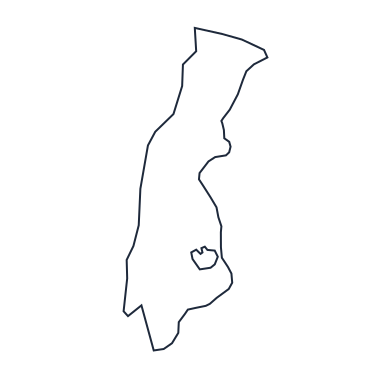 Termez, Surkhandarya, Uzbekistan, rotated 279°
{"feature_id": "79887680B61721126470320", "entity_name": "Termez", "entity_type": "district", "adm_level": 2, "iso_a3": "UZB", "parent_name": "Uzbekistan", "parent_adm1": "Surkhandarya", "projection": "albers", "projection_center": [67.436, 37.28], "detail": "fine", "context": "isolated", "style": "outline", "palette": "slate", "viewbox_px": 384, "rotation_deg": 279, "n_neighbors": 0, "source": "geoboundaries", "source_scale": "gbopen_adm2", "svg_char_len": 1076}
<svg xmlns="http://www.w3.org/2000/svg" viewBox="0 0 384 384"><g transform="rotate(279 192 192)"><path d="M187.1,140.5L150.8,144.6L129.5,142.6L114.7,138.1L96.5,141.5L63.5,143.1L59.4,148.2L72.1,159.8L29.5,179.0L32.5,188.6L39.5,195.9L50.7,200.5L61.4,199.3L70.3,204.0L75.2,206.3L78.2,214.0L81.7,223.4L84.3,227.1L91.4,233.0L102.0,243.5L108.7,245.9L117.6,243.7L123.5,239.3L127.8,235.4L131.7,231.8L142.0,229.2L156.8,226.8L162.7,226.4L171.2,222.0L180.7,218.6L189.7,211.1L200.2,201.8L205.6,196.9L211.9,196.5L224.8,203.5L230.1,209.4L233.5,219.8L237.0,222.5L242.8,223.0L247.4,220.9L250.1,215.5L258.2,213.8L264.5,211.2L266.8,209.9L269.9,211.3L279.2,216.4L295.7,222.0L310.9,224.8L311.3,224.9L319.8,226.8L327.8,233.2L336.7,245.4L343.6,240.9L350.4,217.3L352.8,196.9L354.5,169.1L331.7,174.1L316.5,163.1L295.1,165.7L266.1,161.5L245.8,146.3L231.1,141.2L187.1,140.5ZM132.2,210.1L133.9,211.8L138.0,210.1L140.0,213.2L137.2,216.3L137.7,223.6L132.1,227.6L124.1,225.8L120.1,222.2L116.8,211.8L125.9,203.0L132.2,200.7L135.7,205.2L132.2,210.1Z" fill="none" stroke="#1e293b" stroke-width="2"/></g></svg>